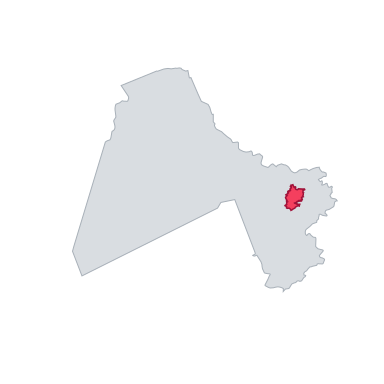 Dioila, Koulikoro, Mali (highlighted), rotated 249°
{"feature_id": "8926073B3838133103629", "entity_name": "Dioila", "entity_type": "district", "adm_level": 2, "iso_a3": "MLI", "parent_name": "Mali", "parent_adm1": "Koulikoro", "projection": "natural_earth1", "projection_center": [-6.702, 12.317], "detail": "fine", "context": "in_parent", "style": "filled", "palette": "rose", "viewbox_px": 384, "rotation_deg": 249, "n_neighbors": 0, "source": "geoboundaries", "source_scale": "gbopen_adm2", "svg_char_len": 7181}
<svg xmlns="http://www.w3.org/2000/svg" viewBox="0 0 384 384"><g transform="rotate(249 192 192)"><path d="M79.8,284.4L79.9,283.1L78.9,282.2L78.9,281.7L79.5,277.8L79.4,276.8L79.8,274.9L79.2,274.0L79.0,273.3L77.4,270.8L77.0,268.6L76.1,267.2L74.3,266.8L73.6,268.0L73.1,268.2L72.4,267.3L72.2,266.6L72.2,265.9L69.8,262.5L69.9,260.7L70.9,259.7L71.2,258.2L70.3,256.4L70.5,254.7L70.4,252.3L68.9,250.2L68.0,249.2L67.2,247.8L67.9,244.4L66.4,241.5L69.1,242.7L70.4,241.6L71.6,240.1L72.7,238.2L73.2,235.8L73.4,233.7L74.4,230.5L75.7,229.0L78.4,226.7L79.1,226.9L83.4,231.7L85.9,234.1L86.8,235.4L87.6,235.4L88.8,233.1L90.1,231.1L90.6,230.6L95.0,230.3L97.2,230.7L99.3,231.3L102.1,231.4L109.7,229.9L109.8,229.0L109.7,227.8L110.0,227.0L110.6,226.2L111.1,226.0L111.4,228.7L112.0,229.1L113.8,229.2L169.6,229.2L171.9,215.2L167.8,210.1L153.1,59.2L179.5,59.2L184.1,62.6L269.7,129.0L270.2,131.1L270.1,134.1L270.8,135.0L272.0,135.9L276.9,138.8L277.3,139.3L277.5,140.5L278.1,141.9L279.1,142.8L280.3,143.4L281.8,143.8L286.2,144.3L287.1,144.9L289.0,147.6L290.1,148.1L296.0,149.5L297.9,150.2L300.0,151.4L301.2,152.5L301.2,156.6L302.1,159.2L302.0,159.9L301.1,161.0L300.9,161.8L299.9,163.9L300.1,164.8L302.2,166.4L303.2,166.8L304.4,166.8L316.8,164.0L317.6,202.4L317.1,203.0L316.9,209.8L316.0,213.8L314.4,216.8L313.5,221.2L312.9,222.1L312.4,224.6L311.5,226.1L309.9,226.6L307.1,229.5L306.9,231.7L300.1,230.5L299.6,230.5L299.3,230.8L299.2,232.0L281.8,232.7L273.3,233.2L268.0,238.4L264.5,238.9L260.1,238.5L257.9,238.5L257.0,238.8L256.9,239.7L249.9,237.0L247.4,237.9L247.0,237.6L246.6,237.0L245.4,236.7L243.4,236.9L242.0,237.3L237.6,241.3L235.2,242.4L230.8,244.8L227.8,246.9L226.7,247.3L225.0,247.4L223.5,247.8L222.3,252.5L221.4,253.0L216.2,251.1L215.1,251.4L214.2,251.9L211.3,254.6L209.9,256.8L209.1,259.8L209.2,261.7L208.7,262.2L207.4,262.4L204.9,261.8L204.2,262.1L203.8,263.5L203.9,266.7L203.4,268.8L201.9,269.5L200.8,270.3L199.9,270.6L199.2,270.4L194.9,267.1L193.5,266.6L191.9,267.0L190.4,268.4L187.7,271.7L188.0,272.9L188.7,274.3L189.3,276.0L189.3,277.5L185.4,279.7L186.3,281.3L186.2,285.6L184.4,287.6L183.8,288.9L182.1,290.3L180.6,291.1L175.9,292.2L174.0,293.6L173.1,294.7L172.9,295.9L173.0,297.3L174.0,300.2L173.7,302.8L172.9,305.8L172.2,307.2L170.0,308.7L170.3,310.7L170.5,313.6L170.2,317.3L169.5,319.7L169.0,319.5L166.9,319.6L164.6,320.4L163.8,321.0L163.6,321.9L161.7,323.9L160.4,323.7L159.2,323.2L158.6,322.7L158.5,322.4L159.3,320.8L159.3,320.2L158.5,317.4L158.7,316.7L158.4,314.5L158.2,314.4L155.7,315.4L155.6,315.8L156.0,317.1L155.7,317.4L154.8,317.3L153.6,316.9L152.2,315.6L151.8,316.0L151.7,317.0L151.6,318.2L152.0,320.3L151.6,321.1L149.4,321.0L147.6,321.2L147.2,322.0L147.0,322.8L147.4,323.8L147.4,324.2L146.6,324.8L146.3,324.8L145.3,323.7L141.3,322.7L141.0,321.3L140.5,321.3L139.3,319.5L138.7,319.5L138.3,319.8L136.8,319.7L135.4,321.2L134.4,323.1L133.3,324.0L131.7,324.4L132.0,323.2L131.5,321.6L128.0,319.5L127.5,318.7L126.6,314.0L126.7,312.6L126.9,311.4L126.8,310.4L126.4,309.7L125.4,309.0L124.3,308.6L123.0,309.6L122.3,309.7L121.7,309.7L121.4,309.3L121.4,308.9L122.9,306.3L123.6,305.3L125.1,304.1L125.5,303.4L125.5,303.0L125.4,302.6L124.4,302.2L122.9,301.0L122.1,300.8L121.4,300.3L120.7,298.5L120.4,298.1L119.7,297.9L119.0,297.5L119.1,293.0L117.6,289.7L116.3,285.5L115.7,284.5L114.5,283.6L113.0,283.0L111.7,282.9L110.3,283.4L110.3,283.8L111.1,285.1L111.3,285.9L111.1,286.6L110.8,287.1L108.9,287.6L106.3,289.1L105.4,290.9L104.8,291.1L103.8,290.9L96.8,287.9L93.9,289.2L92.0,291.8L91.5,292.7L90.7,293.5L90.2,293.5L89.7,293.0L87.6,289.0L86.8,288.0L85.7,288.0L84.7,288.6L83.8,290.0L82.5,291.2L81.7,291.6L81.1,291.4L78.2,288.7L78.1,288.1L79.4,284.9L79.8,284.4Z" fill="#d9dde1" stroke="#a8b0b8" stroke-width="1"/><path d="M155.7,278.8L155.4,278.9L155.2,278.7L154.9,278.8L154.7,278.9L154.7,279.0L154.5,279.3L153.5,277.4L152.6,277.3L151.5,277.4L150.1,277.7L149.8,277.0L149.3,277.1L149.2,277.0L148.9,277.2L148.6,277.5L148.5,276.8L148.2,276.6L147.2,276.1L146.5,275.9L146.3,275.9L146.3,275.0L146.3,274.5L145.9,273.9L144.6,275.0L144.2,275.1L143.4,274.5L143.0,274.7L142.7,275.0L142.5,275.4L142.2,276.7L141.7,277.2L140.2,277.9L139.4,277.8L139.5,279.1L139.7,279.6L139.9,280.3L140.0,281.3L140.1,282.3L140.8,283.1L141.1,284.7L141.1,286.3L140.4,287.1L141.4,287.7L141.5,287.8L141.5,287.7L141.8,287.5L142.0,287.6L142.0,287.4L142.0,287.2L142.3,287.1L142.4,286.9L142.5,286.8L142.4,286.7L142.5,286.3L142.6,286.1L142.7,285.9L142.9,285.8L143.0,285.8L142.9,285.7L143.0,285.6L143.2,285.4L143.3,285.4L143.5,285.4L143.8,285.4L143.9,285.2L144.0,285.1L144.0,284.8L144.1,284.7L144.3,284.5L144.3,284.3L144.4,284.2L144.5,284.3L144.6,284.2L144.8,284.0L144.8,283.9L144.9,283.7L145.0,283.7L145.0,283.8L145.0,284.0L144.9,284.4L144.9,284.6L144.7,284.8L144.7,285.1L144.9,285.3L145.0,285.5L145.0,285.9L144.9,285.9L144.9,286.1L144.9,286.3L145.1,286.5L145.3,286.6L145.5,286.7L145.5,286.8L145.4,287.2L145.4,287.3L145.1,287.7L145.1,287.8L145.2,288.0L145.3,288.0L145.5,288.0L145.8,288.3L145.8,288.6L145.7,288.7L145.5,288.8L145.3,288.9L145.2,289.2L144.9,289.3L144.9,289.2L144.8,289.3L144.7,289.4L144.8,289.6L145.2,289.5L145.3,289.5L145.5,289.7L145.5,289.9L145.4,290.1L145.2,290.3L144.7,290.4L144.6,290.5L144.4,290.6L144.4,291.0L144.6,291.1L144.8,291.2L145.0,291.0L145.3,291.3L145.5,291.4L145.5,291.6L145.4,291.8L145.2,292.0L145.3,292.2L145.4,292.3L146.7,292.3L147.3,292.1L147.7,292.5L147.7,294.2L148.5,294.0L148.9,294.2L149.3,294.8L151.1,295.5L151.3,295.8L151.6,295.5L151.6,295.4L151.8,295.4L151.8,295.5L152.0,295.5L152.3,295.6L152.5,295.7L152.6,295.8L152.8,295.9L153.1,296.0L153.3,296.1L153.6,296.1L153.8,296.3L153.8,296.5L153.7,296.6L153.7,296.9L153.7,297.1L153.8,297.2L153.9,297.4L153.9,297.5L153.7,297.9L153.7,298.0L153.8,298.1L154.0,298.1L154.3,298.1L154.5,298.0L154.8,297.7L154.8,297.3L154.8,297.1L154.8,296.8L154.8,296.6L155.0,296.1L155.4,295.7L155.5,295.7L155.5,295.3L155.6,295.1L155.7,294.9L155.9,294.6L155.9,294.4L156.1,294.2L156.2,293.9L156.3,293.7L156.4,293.4L156.5,293.3L156.5,293.2L156.8,292.7L156.7,292.6L156.6,292.4L156.6,292.2L156.5,291.9L156.6,291.7L156.4,291.4L156.4,291.1L156.5,290.9L156.8,290.6L157.0,290.4L157.1,290.1L157.6,289.8L158.6,289.7L159.2,290.5L159.6,290.5L159.9,290.2L159.8,289.4L160.1,288.9L160.7,289.0L161.7,288.8L162.7,288.8L162.7,287.5L162.3,287.2L162.4,286.8L162.2,286.7L162.3,286.6L162.5,286.6L162.4,286.5L162.3,286.2L162.2,286.0L162.1,285.9L161.9,285.8L161.7,285.9L161.5,286.1L161.5,286.3L161.4,286.5L161.4,286.4L161.2,286.3L161.1,286.5L160.9,286.4L160.8,286.2L160.6,286.2L160.4,286.2L160.2,286.0L160.2,285.9L160.2,285.7L160.0,285.3L160.0,285.1L159.9,285.0L159.9,284.8L159.8,284.7L159.6,284.6L159.3,284.5L159.1,284.5L158.8,284.4L158.7,284.5L158.6,284.4L158.5,284.5L158.3,284.6L158.2,284.5L158.1,284.2L158.4,284.2L158.5,284.1L158.6,283.9L158.4,283.7L158.2,283.3L158.1,283.2L158.0,282.8L158.0,282.7L158.1,282.8L158.3,282.8L158.4,282.7L158.5,282.3L158.4,282.2L158.2,282.1L158.2,281.9L158.1,281.7L157.9,281.7L157.8,281.4L157.6,281.3L157.4,281.3L157.1,281.4L157.0,281.5L156.9,281.6L156.8,281.4L156.6,281.2L156.4,281.2L156.3,280.9L156.2,280.9L156.1,280.7L156.2,280.4L156.0,280.2L155.8,279.8L155.8,279.7L155.9,279.4L155.9,279.2L155.7,278.9L155.7,278.8Z" fill="#f43f5e" stroke="#9f1239" stroke-width="1.5"/></g></svg>